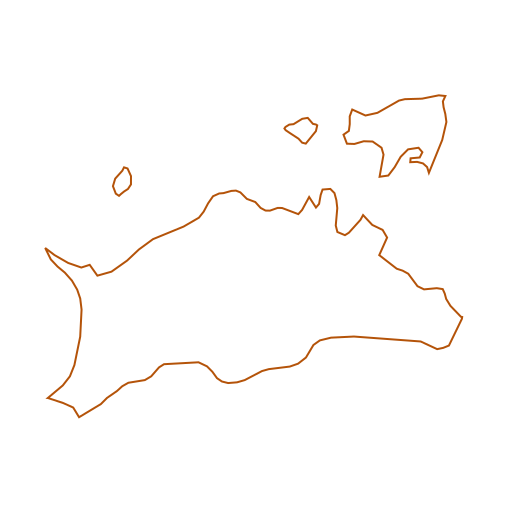 the border of Kagawa, rotated 5°
{"feature_id": "JPN-1833", "entity_name": "Kagawa", "entity_type": "Prefecture", "adm_level": 1, "iso_a3": "JPN", "parent_name": "Japan", "parent_adm1": "", "projection": "equal_earth", "projection_center": [134.035, 34.276], "detail": "fine", "context": "isolated", "style": "outline", "palette": "amber", "viewbox_px": 512, "rotation_deg": 5, "n_neighbors": 0, "source": "natural_earth", "source_scale": "10m", "svg_char_len": 2259}
<svg xmlns="http://www.w3.org/2000/svg" viewBox="0 0 512 512"><g transform="rotate(5 256 256)"><path d="M61.0,415.6L74.8,401.8L81.1,392.1L84.6,380.5L87.9,351.7L86.9,324.6L84.6,313.7L80.8,305.1L74.8,296.6L67.0,289.2L59.2,283.8L51.9,277.3L45.3,266.4L55.3,272.7L69.5,279.3L83.0,282.7L91.1,279.3L99.7,289.4L113.4,284.2L128.0,271.8L138.8,259.7L151.9,248.2L181.3,233.0L195.8,222.8L200.0,216.4L203.7,207.7L208.0,200.2L213.9,196.9L218.1,196.2L225.8,193.3L230.3,192.6L234.9,194.0L241.9,199.9L250.6,202.3L256.4,207.7L261.5,209.9L265.9,209.6L273.4,206.2L277.8,205.9L294.5,210.6L297.9,206.1L303.8,192.6L311.5,202.5L314.3,198.6L315.1,189.6L316.5,184.0L324.2,182.7L328.7,186.5L331.2,193.4L332.8,201.2L332.8,218.7L335.0,225.0L342.8,227.5L346.5,224.7L356.9,210.9L359.1,205.9L369.1,214.9L379.9,219.0L385.0,226.2L378.7,244.4L397.3,256.4L403.3,257.8L409.2,260.4L419.5,272.0L426.3,274.6L438.9,272.3L444.9,272.7L447.3,277.0L449.2,282.2L454.0,288.7L465.5,298.7L466.7,298.8L466.6,300.6L456.0,328.4L450.5,331.2L444.6,333.0L427.5,326.8L360.6,327.7L337.9,330.8L327.0,334.5L321.0,339.6L314.6,352.8L307.3,359.6L299.3,363.2L278.6,367.6L272.0,370.1L255.6,380.6L248.1,383.5L239.3,385.0L233.0,384.0L227.8,381.1L222.6,375.1L216.8,370.2L208.0,366.9L173.8,371.8L169.1,375.4L162.1,385.0L156.1,389.3L139.9,393.4L134.1,397.4L129.3,402.6L120.0,410.3L114.4,417.0L93.8,432.0L87.1,422.9L76.8,419.3L61.1,415.6L61.0,415.6ZM430.7,80.1L428.7,85.7L429.9,91.4L432.2,98.0L434.0,105.9L431.4,124.2L421.0,158.1L418.7,152.5L414.3,149.2L408.3,148.2L401.5,149.1L401.5,145.2L410.5,143.6L412.7,138.1L408.5,134.0L398.2,136.5L391.5,144.5L386.4,155.4L380.8,164.3L372.2,166.3L374.2,143.9L371.6,137.2L362.2,131.8L353.3,132.3L344.3,135.8L336.8,136.2L332.6,127.5L337.6,123.3L337.9,116.5L337.2,108.7L339.1,101.7L352.8,106.5L364.5,102.8L384.9,88.7L390.6,86.8L407.7,84.8L424.1,80.0L430.7,80.1ZM279.1,130.6L274.6,128.1L273.2,126.5L274.1,124.9L277.7,122.2L281.9,121.4L290.1,115.3L295.5,113.9L297.4,115.7L301.2,119.4L304.3,119.8L305.6,120.5L304.8,126.4L295.8,139.7L292.1,139.1L288.1,135.4L287.7,135.2L279.1,130.6ZM120.4,180.0L124.5,187.3L125.2,195.6L122.6,200.4L119.0,203.2L115.9,206.2L114.3,208.0L110.9,206.1L107.4,198.9L109.0,191.2L115.4,182.7L116.8,179.2L120.4,180.0Z" fill="none" stroke="#b45309" stroke-width="2"/></g></svg>